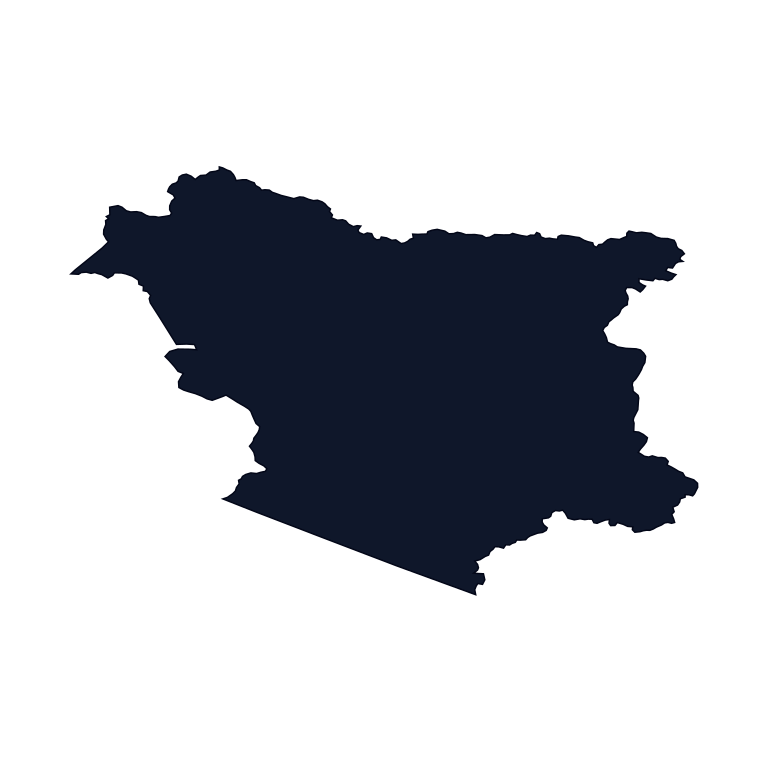 outline of Jaraguá, Goiás, Brazil, rotated 95°
{"feature_id": "56859067B8388721460270", "entity_name": "Jaraguá", "entity_type": "district", "adm_level": 2, "iso_a3": "BRA", "parent_name": "Brazil", "parent_adm1": "Goiás", "projection": "equal_earth", "projection_center": [-49.418, -15.72], "detail": "fine", "context": "isolated", "style": "filled", "palette": "ink", "viewbox_px": 768, "rotation_deg": 95, "n_neighbors": 0, "source": "geoboundaries", "source_scale": "gbopen_adm2", "svg_char_len": 5525}
<svg xmlns="http://www.w3.org/2000/svg" viewBox="0 0 768 768"><g transform="rotate(95 384 384)"><path d="M455.6,63.0L452.5,67.0L450.3,76.0L446.5,78.7L445.3,82.9L443.5,86.5L441.7,90.4L439.9,95.0L436.3,94.1L433.3,97.3L433.0,100.9L433.4,104.8L432.2,110.5L433.7,113.9L433.3,118.3L429.9,124.8L426.4,122.8L422.2,119.7L418.6,117.6L414.6,116.9L411.7,121.2L409.7,126.0L409.6,131.1L405.8,131.3L401.2,131.5L398.4,132.6L395.6,132.2L391.2,130.4L387.5,128.9L382.4,129.0L378.2,129.1L375.8,129.0L373.2,129.9L369.5,135.2L365.7,135.8L363.4,136.7L360.2,136.3L357.2,133.8L354.4,132.2L351.3,130.6L347.2,128.8L343.9,127.9L339.9,126.0L333.6,125.8L330.7,127.9L327.7,131.5L327.0,135.9L327.4,146.1L326.7,154.8L325.0,158.0L324.0,162.0L322.8,165.0L318.4,166.5L314.9,168.5L311.7,170.8L308.5,169.5L306.0,166.6L302.4,165.4L300.5,163.3L298.3,161.2L294.6,156.8L292.4,155.5L288.6,154.2L285.6,151.4L283.8,148.5L280.9,148.7L277.9,148.2L275.1,148.9L272.5,150.7L269.9,151.9L266.8,150.7L266.3,145.3L267.4,141.7L270.0,136.8L267.5,134.5L263.7,132.0L262.7,135.1L260.6,138.8L256.9,139.2L257.5,132.0L257.7,125.1L255.1,123.3L256.0,119.0L255.4,115.5L256.4,110.3L254.5,106.4L252.0,104.8L249.6,102.7L248.5,107.4L246.6,113.2L243.2,111.6L243.3,106.7L238.5,104.1L236.6,101.3L235.8,97.0L234.0,100.2L231.2,99.5L228.1,96.1L225.0,99.0L223.6,102.7L221.3,104.6L218.4,105.6L215.6,107.5L214.4,114.0L214.8,120.6L213.9,125.5L210.8,131.3L210.5,136.7L210.4,140.4L211.4,145.8L210.7,150.0L210.3,153.3L212.6,155.2L215.9,155.1L217.2,157.8L219.5,161.9L219.4,170.6L220.9,173.8L223.5,176.5L225.7,178.5L226.4,182.1L229.4,184.3L227.9,187.3L225.2,188.4L224.5,193.2L223.4,197.3L221.1,202.2L220.9,206.7L220.3,213.0L220.3,220.4L221.9,223.4L224.7,223.8L224.7,228.4L224.3,231.8L225.1,236.0L223.9,240.3L220.7,242.1L219.8,245.1L222.7,246.9L222.9,251.0L224.6,254.3L224.2,260.0L223.6,264.5L222.8,269.0L224.5,271.8L225.1,278.2L225.5,286.8L228.5,291.3L229.5,295.2L227.6,299.3L227.2,306.5L228.1,315.5L226.9,320.4L226.5,324.2L228.1,327.8L228.7,332.4L226.4,336.7L225.3,344.5L226.6,349.5L228.4,353.5L230.9,354.3L231.4,359.1L232.0,363.2L232.2,368.5L236.2,367.4L237.5,370.6L239.9,372.9L241.7,375.8L242.6,379.2L239.4,384.8L240.2,388.8L238.2,394.1L237.8,399.5L240.3,400.4L241.0,403.9L239.1,407.2L235.3,409.4L235.0,413.9L236.8,417.2L235.3,422.0L232.9,423.4L228.7,420.9L228.6,424.5L229.9,428.3L227.9,433.2L224.8,436.4L224.0,439.6L224.9,444.6L223.0,451.0L220.1,450.1L216.9,453.3L214.3,452.6L212.3,455.8L209.6,458.6L207.9,461.6L206.7,466.3L207.5,470.3L206.6,475.3L205.0,480.5L205.0,484.4L207.2,490.0L206.1,496.6L205.1,502.9L203.6,508.5L202.8,511.9L200.8,515.2L200.9,519.6L201.6,522.9L199.3,525.1L197.5,529.2L194.9,530.8L194.0,534.4L192.5,538.9L192.9,542.9L194.2,549.1L191.2,550.5L188.5,552.3L185.5,555.5L184.5,559.2L182.8,563.4L182.1,567.0L185.2,566.7L186.7,570.1L188.0,575.7L191.4,579.5L192.3,585.0L194.1,587.2L196.7,589.9L193.8,594.2L192.2,599.2L193.4,603.2L195.6,606.1L199.8,606.8L201.8,608.6L203.4,612.3L206.3,614.7L208.7,615.7L211.2,616.3L214.0,610.4L217.0,608.4L220.3,611.4L225.2,613.0L229.1,612.7L232.2,610.5L234.8,611.8L236.3,617.5L237.6,623.2L237.2,626.7L237.6,632.4L236.7,635.8L234.4,640.6L233.9,645.5L234.7,651.4L233.9,655.8L230.7,660.4L229.5,664.5L231.8,672.7L239.3,671.8L241.4,675.2L243.4,672.7L245.5,675.6L249.3,675.0L254.9,676.6L259.2,676.4L264.0,673.2L266.4,670.8L273.1,676.6L297.2,701.5L301.6,705.5L301.3,697.8L299.4,695.4L298.5,690.3L299.3,685.5L298.1,681.8L299.0,678.3L299.6,674.7L302.5,668.3L299.5,663.8L296.8,662.3L296.2,655.3L296.8,650.7L298.5,644.1L300.2,640.8L301.9,637.7L306.0,636.8L307.4,632.2L312.0,632.0L312.5,627.8L316.1,624.2L319.4,625.3L323.5,623.9L337.1,613.4L362.6,594.2L361.4,584.1L361.2,576.2L366.2,573.6L366.3,580.2L367.2,592.4L370.3,600.3L375.7,604.5L379.4,600.1L385.0,594.2L389.4,590.2L391.0,584.8L394.7,586.8L399.6,588.9L405.4,588.0L407.5,583.0L408.7,577.8L410.0,571.1L412.0,564.3L414.2,559.0L415.2,553.7L412.5,547.9L410.5,543.7L408.8,540.4L412.1,533.8L415.0,528.3L418.2,521.3L420.7,516.6L422.8,514.3L426.4,512.5L430.1,510.5L434.5,508.0L437.3,504.1L440.4,504.3L443.4,505.3L446.2,506.9L449.3,508.9L452.2,509.2L454.6,510.5L457.7,512.6L460.2,510.3L463.4,507.7L467.8,506.1L471.5,505.6L473.9,501.6L476.0,496.6L478.6,493.3L481.3,494.5L482.7,499.1L484.3,503.1L484.2,508.9L486.2,513.9L488.4,516.9L490.9,517.9L492.6,520.5L496.1,519.6L499.9,521.9L503.5,522.7L506.5,525.2L510.6,530.1L512.5,534.5L522.9,499.5L538.5,445.1L539.7,441.0L555.6,385.2L561.1,365.8L562.1,362.3L563.8,356.4L585.9,274.3L581.0,275.7L577.3,274.6L574.6,273.2L575.0,268.4L570.3,266.5L564.4,268.4L564.6,273.9L564.6,278.2L561.2,274.6L558.8,273.9L555.5,275.1L552.5,278.2L550.6,273.0L546.9,268.1L545.3,264.9L541.7,263.8L539.1,261.0L536.4,259.3L536.2,255.6L537.1,250.6L533.6,248.7L533.4,244.8L531.6,242.5L530.3,239.4L527.9,238.2L527.6,234.3L526.8,229.3L524.4,227.5L522.6,225.2L519.2,218.0L518.0,213.1L515.7,209.7L513.1,208.8L510.4,212.6L507.8,214.4L504.5,214.6L503.0,208.5L501.2,206.4L497.5,205.6L495.1,202.2L495.2,198.2L494.1,195.0L496.9,192.1L501.7,188.9L502.7,182.6L501.2,176.9L501.6,172.2L500.8,168.7L500.6,164.9L503.9,162.8L504.2,159.6L502.3,156.0L500.3,151.8L499.3,147.6L503.1,147.7L505.3,145.9L504.8,141.6L501.7,139.5L502.9,133.6L504.6,128.9L504.6,123.7L507.5,123.9L509.8,121.2L508.8,116.0L507.6,113.0L506.8,109.8L506.6,106.4L504.9,103.0L502.9,100.2L500.2,95.2L497.9,92.3L497.1,89.1L497.7,85.4L496.6,82.4L493.2,83.7L488.8,86.0L486.0,83.8L481.6,85.6L479.0,81.0L475.8,79.2L472.5,78.8L470.5,74.2L468.0,74.4L467.8,70.5L468.5,66.8L466.4,65.2L459.6,62.5L455.6,63.0Z" fill="#0f172a" stroke="#020617" stroke-width="1.5"/></g></svg>